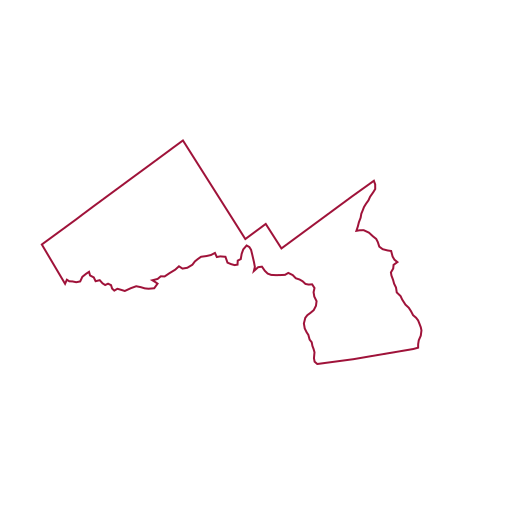 Fátima do Sul, Mato Grosso do Sul, Brazil (Natural Earth projection), rotated 213°
{"feature_id": "56859067B65131445845970", "entity_name": "Fátima do Sul", "entity_type": "district", "adm_level": 2, "iso_a3": "BRA", "parent_name": "Brazil", "parent_adm1": "Mato Grosso do Sul", "projection": "natural_earth1", "projection_center": [-54.472, -22.343], "detail": "fine", "context": "isolated", "style": "outline", "palette": "rose", "viewbox_px": 512, "rotation_deg": 213, "n_neighbors": 0, "source": "geoboundaries", "source_scale": "gbopen_adm2", "svg_char_len": 2181}
<svg xmlns="http://www.w3.org/2000/svg" viewBox="0 0 512 512"><g transform="rotate(213 256 256)"><path d="M198.1,383.3L207.9,358.3L238.8,276.2L265.3,288.2L274.2,264.4L292.0,272.6L380.2,313.1L384.3,302.3L393.4,278.0L402.1,255.0L419.6,208.5L424.1,196.3L426.7,189.0L441.9,149.0L401.0,128.7L401.7,133.1L398.8,133.1L396.1,134.7L392.5,136.1L389.6,138.9L390.3,144.0L388.8,148.6L387.4,151.8L384.6,149.3L380.4,149.7L376.8,147.5L373.9,150.6L369.8,149.5L366.7,149.5L365.0,152.2L361.7,152.6L358.9,150.3L356.0,149.8L354.4,153.0L350.9,154.1L347.0,155.2L343.4,160.9L340.0,165.4L335.7,167.1L331.6,168.3L328.3,170.0L323.8,173.5L323.5,179.2L326.5,179.3L329.7,179.2L326.0,183.2L324.8,187.1L321.5,189.1L319.2,194.5L316.3,200.5L315.0,205.4L310.8,205.4L307.2,208.7L304.6,214.0L304.3,218.2L303.2,221.6L301.7,225.4L297.5,229.0L294.3,232.3L292.1,236.2L288.3,233.8L285.8,236.2L281.2,238.7L276.3,234.9L272.5,235.6L269.0,236.7L266.8,238.7L268.8,242.2L267.1,245.1L269.2,250.0L270.3,254.6L269.6,259.7L266.5,259.9L263.5,258.5L259.8,255.0L254.4,249.8L251.0,246.2L249.6,242.2L248.1,247.8L245.2,250.3L240.6,248.4L236.6,247.6L233.0,248.4L228.7,250.9L224.6,253.7L221.4,256.0L219.7,259.4L214.8,260.0L210.5,259.0L206.7,260.0L203.1,260.2L199.3,259.5L196.3,260.7L193.5,262.8L189.5,261.0L188.0,257.0L185.0,253.7L180.6,251.1L178.6,246.9L178.1,242.0L179.4,237.8L180.7,234.4L181.0,231.0L179.1,225.5L175.7,221.8L171.8,219.5L169.2,218.4L165.5,215.1L162.3,214.0L159.7,211.3L157.1,209.4L154.5,207.1L151.7,201.8L149.3,199.3L145.8,198.8L118.0,222.6L110.0,230.0L104.6,235.0L73.3,263.8L70.1,267.4L72.0,270.4L73.6,274.0L74.4,278.9L76.7,283.7L79.0,286.0L82.0,288.2L85.0,290.3L88.1,291.4L92.0,291.9L95.9,294.1L99.7,295.8L104.2,296.6L109.7,299.1L112.9,301.1L118.1,302.1L121.4,305.8L125.1,308.0L128.0,310.6L131.8,313.4L133.9,315.7L134.1,320.2L135.8,323.5L134.1,327.9L137.9,328.3L141.1,329.9L145.4,333.8L148.7,332.3L153.5,330.7L157.7,331.0L161.4,334.0L164.5,335.8L168.7,336.2L174.0,337.1L179.7,336.3L183.0,334.1L185.5,331.8L186.7,336.3L188.1,340.4L189.1,345.1L190.7,348.8L191.3,352.1L192.1,355.9L192.2,359.9L192.0,363.9L192.6,367.9L192.4,373.4L192.5,377.1L195.0,380.9L198.1,383.3Z" fill="none" stroke="#9f1239" stroke-width="2"/></g></svg>